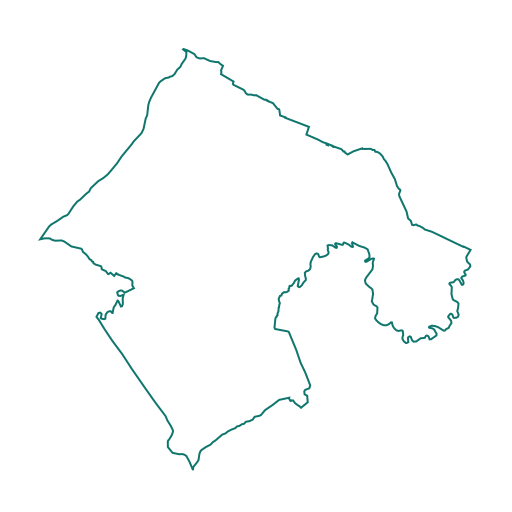 the district of Tocancipá, Cundinamarca, Colombia, rotated 177°
{"feature_id": "7082276B10728251723000", "entity_name": "Tocancipá", "entity_type": "district", "adm_level": 2, "iso_a3": "COL", "parent_name": "Colombia", "parent_adm1": "Cundinamarca", "projection": "albers", "projection_center": [-73.95, 4.971], "detail": "fine", "context": "isolated", "style": "outline", "palette": "teal", "viewbox_px": 512, "rotation_deg": 177, "n_neighbors": 0, "source": "geoboundaries", "source_scale": "gbopen_adm2", "svg_char_len": 6040}
<svg xmlns="http://www.w3.org/2000/svg" viewBox="0 0 512 512"><g transform="rotate(177 256 256)"><path d="M330.1,45.5L329.8,48.1L329.3,49.0L325.7,53.0L324.1,55.2L322.9,61.2L321.8,63.8L320.6,65.1L315.9,67.9L311.3,70.0L308.8,72.4L306.3,73.8L299.1,79.4L295.8,80.4L293.4,82.2L289.9,83.8L285.7,85.2L283.8,86.9L281.6,87.1L279.0,88.7L276.7,89.1L274.8,91.0L271.3,91.4L267.8,92.8L265.8,95.5L261.1,96.2L259.4,96.9L254.9,101.7L247.3,106.3L240.4,111.1L230.4,112.7L230.6,112.2L229.2,109.5L228.7,109.4L228.2,110.0L226.5,109.8L224.7,107.0L221.2,104.1L220.7,104.0L219.0,102.1L212.0,107.2L212.2,113.8L214.7,115.3L214.9,118.0L214.3,119.3L213.7,119.8L209.7,121.1L208.6,124.0L212.9,137.0L217.1,147.2L220.7,160.0L227.2,178.4L228.1,179.0L240.7,182.1L241.3,183.7L239.9,192.5L239.3,193.8L238.4,194.4L238.3,195.3L237.5,195.9L237.6,197.3L236.5,199.6L236.1,203.2L235.7,203.5L235.4,205.7L234.7,207.4L235.6,211.2L235.5,212.2L234.1,214.9L232.7,215.2L232.0,217.0L229.8,218.5L229.0,218.2L227.2,218.4L225.5,219.4L225.1,219.7L225.2,221.4L224.5,222.2L224.2,224.1L223.6,224.5L222.6,224.2L222.0,224.4L219.8,226.8L218.2,229.5L215.0,231.5L214.6,231.5L214.4,230.7L214.4,229.8L215.9,223.8L215.1,222.9L214.2,222.6L212.0,224.1L209.9,227.1L207.5,229.4L207.4,230.7L208.0,233.6L208.1,236.6L206.8,238.0L204.7,238.5L202.8,239.9L201.9,242.6L202.1,245.0L201.5,247.5L199.1,252.0L196.8,254.9L195.4,255.4L193.9,254.8L192.9,251.9L192.3,251.4L188.4,252.0L186.2,252.7L184.2,253.9L183.4,255.1L183.4,256.3L184.1,258.3L183.7,259.6L184.0,262.7L182.9,263.1L179.4,262.7L176.2,260.2L175.2,259.9L174.6,261.0L176.3,263.6L176.2,264.3L175.5,264.6L169.3,262.6L168.5,262.9L167.8,264.7L167.0,264.8L162.7,262.5L160.6,260.5L159.4,260.0L158.9,260.0L158.7,260.6L159.5,263.8L159.0,264.6L152.3,260.6L147.3,258.8L144.2,256.8L142.7,251.8L142.7,248.8L143.9,247.5L146.9,246.0L147.4,245.4L147.2,244.7L146.7,244.4L145.5,244.7L141.1,247.1L138.6,247.4L138.3,247.1L139.8,243.3L139.7,240.0L140.4,236.6L146.9,228.9L148.2,226.8L148.4,225.6L147.9,222.8L144.3,219.0L142.4,217.6L141.4,216.0L141.1,211.8L142.7,204.5L141.1,201.3L138.1,199.3L137.4,198.2L138.0,192.5L139.8,189.7L140.4,187.5L139.3,185.6L137.0,183.1L134.6,181.3L132.3,180.3L130.5,180.0L128.6,180.2L126.3,181.3L124.6,182.7L123.8,182.6L123.1,179.0L121.7,176.5L119.7,174.4L117.5,173.7L115.2,174.1L114.0,174.0L113.4,173.5L113.1,169.4L113.9,167.5L114.1,165.5L112.8,163.0L110.9,161.3L110.2,161.2L108.4,162.0L108.6,166.2L108.1,167.0L106.8,167.7L105.7,167.2L104.7,164.1L103.9,162.8L102.9,162.2L100.4,162.3L95.9,165.2L91.8,165.4L90.5,167.3L89.9,167.6L88.6,167.3L87.8,166.3L87.0,163.7L85.6,163.7L80.0,167.2L79.7,168.8L82.0,173.3L83.7,174.5L86.8,175.3L87.0,175.8L86.7,176.3L84.1,177.2L80.8,176.6L78.0,175.5L72.6,171.7L71.4,171.6L69.9,173.1L67.4,174.1L66.3,176.2L64.4,178.6L64.5,181.0L67.3,184.9L67.1,185.8L65.1,188.0L64.4,188.2L63.0,187.3L62.2,184.5L61.6,183.8L59.0,183.9L57.4,184.9L56.7,186.8L57.9,190.5L56.9,193.5L56.3,197.9L57.3,199.5L61.0,201.6L61.8,202.6L62.8,207.7L62.1,214.5L62.6,215.8L64.2,217.7L64.3,218.5L63.7,219.1L60.1,219.5L57.9,221.8L56.2,222.3L54.9,222.0L53.9,220.5L52.0,216.5L51.2,216.4L50.4,217.0L50.1,218.6L50.6,220.7L52.2,223.2L51.3,224.6L47.8,225.6L47.6,226.4L48.9,228.8L48.8,229.7L47.8,230.6L45.1,231.4L42.5,234.4L42.7,236.4L44.9,238.6L45.6,239.9L46.1,243.4L45.8,244.4L41.4,250.9L48.2,254.6L48.5,254.3L79.1,271.0L86.0,273.6L88.0,275.5L91.6,277.6L93.0,277.9L94.4,279.1L97.4,278.5L98.5,278.9L99.5,282.9L102.2,285.7L103.3,292.4L109.8,308.4L109.9,310.6L108.5,313.6L108.5,314.6L109.9,315.7L111.5,318.4L113.3,325.5L116.6,332.3L119.9,340.9L121.6,344.0L123.3,346.2L124.1,348.4L126.1,351.1L127.5,352.4L129.5,353.6L131.4,353.9L132.2,355.7L134.0,355.8L135.8,357.0L143.6,357.3L144.3,357.4L144.4,357.9L153.0,355.5L159.2,352.6L161.5,354.4L162.1,355.7L163.2,355.7L164.7,357.8L165.8,358.5L172.5,361.2L172.8,360.8L173.2,361.0L173.0,361.4L174.5,362.1L174.3,362.3L177.6,363.8L178.1,362.7L179.8,363.5L179.3,364.6L183.6,366.3L187.6,368.8L199.3,374.6L196.4,382.2L219.5,392.4L219.3,392.9L224.6,395.1L225.0,400.4L225.4,401.4L226.8,401.8L231.1,407.8L236.0,410.0L236.6,410.4L236.3,410.6L237.6,411.5L239.6,411.7L247.6,416.7L248.8,416.4L252.3,417.4L255.8,417.6L257.4,418.8L258.9,421.7L260.0,422.8L269.5,428.1L270.1,429.1L269.3,431.4L281.4,439.4L280.9,441.7L281.2,443.2L279.0,447.7L281.2,449.3L283.6,451.7L285.5,451.7L291.6,453.1L297.7,456.3L301.6,456.2L303.2,456.7L305.1,457.7L306.9,460.8L313.4,464.8L317.6,466.5L318.0,466.1L314.8,463.3L315.2,459.4L316.1,456.8L320.2,451.6L321.6,448.9L324.9,446.2L327.7,442.1L330.0,440.1L332.9,439.4L333.8,438.8L337.4,438.3L341.8,435.7L343.7,434.1L352.7,419.4L354.7,415.2L355.7,412.0L357.3,402.3L358.9,399.2L361.7,388.7L363.9,384.7L372.0,377.0L374.7,373.6L385.0,362.4L390.0,355.7L399.5,345.5L404.3,341.9L409.6,339.0L417.4,332.4L419.3,329.1L422.6,326.8L428.8,321.4L431.5,319.8L435.6,315.5L441.2,307.8L442.6,306.6L446.4,305.3L452.9,301.3L458.8,298.2L461.0,296.4L470.6,284.0L466.1,284.7L462.1,284.5L460.7,284.2L459.0,282.9L455.9,281.8L449.4,281.7L446.7,280.5L439.9,275.2L430.3,272.5L429.5,271.8L428.6,269.1L426.0,266.9L424.0,264.4L422.3,261.4L420.7,260.6L420.2,259.2L418.9,258.7L418.7,257.3L416.6,255.8L411.5,254.0L410.9,253.1L410.7,250.8L406.8,248.8L404.8,245.8L404.3,245.6L402.1,246.9L398.7,243.5L396.5,246.1L395.0,245.1L395.2,244.9L389.0,242.3L388.1,241.5L384.5,240.5L381.9,238.7L380.9,237.6L380.7,236.3L381.1,233.1L379.6,230.2L388.3,226.5L389.7,226.8L391.4,228.3L392.8,228.7L395.2,228.0L396.5,227.0L396.0,224.4L395.4,223.5L393.4,223.2L390.2,224.3L391.3,220.9L391.5,215.0L392.4,212.9L393.5,212.6L395.9,218.3L396.6,218.7L398.8,214.7L400.8,212.1L402.2,206.6L402.7,206.7L403.9,208.4L404.7,208.5L406.4,208.2L407.5,207.5L409.2,205.3L409.8,201.2L410.9,200.9L413.1,201.3L414.3,202.0L413.2,206.1L414.4,207.6L416.3,207.3L418.5,203.6L416.1,200.1L411.1,190.9L404.1,179.1L394.6,164.8L385.9,149.7L374.0,130.5L364.5,115.4L354.6,100.7L353.2,96.6L350.2,91.2L348.1,86.4L348.1,85.0L349.4,81.7L352.5,77.1L353.3,76.5L353.8,75.3L354.0,69.8L349.6,63.8L343.3,62.1L339.7,62.0L337.7,61.2L336.0,59.9L333.3,54.3L330.1,45.5Z" fill="none" stroke="#0f766e" stroke-width="2"/></g></svg>